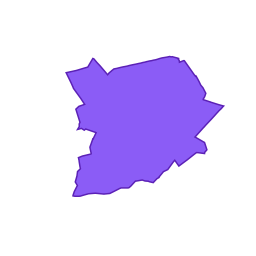 outline of Stende, Talsi, Latvia, rotated 27°
{"feature_id": "27541924B78924471245845", "entity_name": "Stende", "entity_type": "district", "adm_level": 2, "iso_a3": "LVA", "parent_name": "Latvia", "parent_adm1": "Talsi", "projection": "albers", "projection_center": [22.538, 57.141], "detail": "fine", "context": "isolated", "style": "filled", "palette": "violet", "viewbox_px": 256, "rotation_deg": 27, "n_neighbors": 0, "source": "geoboundaries", "source_scale": "gbopen_adm2", "svg_char_len": 2389}
<svg xmlns="http://www.w3.org/2000/svg" viewBox="0 0 256 256"><g transform="rotate(27 128 128)"><path d="M175.3,165.2L175.7,163.7L176.8,160.0L177.8,158.5L177.7,158.5L179.4,150.8L182.3,147.0L183.7,138.1L184.3,135.5L190.6,138.8L194.7,130.5L194.9,130.2L198.9,121.4L200.2,118.8L201.8,118.1L207.8,116.0L207.4,115.0L208.2,111.6L202.8,106.2L192.0,105.6L191.8,105.6L195.2,92.9L195.3,92.8L195.6,91.6L195.9,90.4L198.7,80.7L201.3,71.1L202.3,68.4L203.0,65.6L203.2,65.0L198.4,66.0L190.7,67.3L189.8,67.5L189.7,67.4L182.2,68.6L181.9,68.2L182.1,65.4L181.6,61.8L176.5,58.1L173.4,56.8L170.0,54.2L165.9,51.4L165.4,51.0L164.9,50.8L164.7,51.3L162.7,50.4L157.6,47.7L147.7,42.5L147.3,42.5L146.9,42.8L144.0,46.0L143.9,45.8L143.8,45.6L143.5,45.3L143.2,44.9L142.9,44.6L142.7,44.4L142.3,44.2L142.0,44.0L141.5,43.8L140.9,43.6L141.1,43.3L141.2,43.1L140.5,43.2L137.8,43.8L135.0,44.4L134.1,45.1L132.8,45.3L130.7,47.0L126.5,50.1L124.8,51.6L124.5,51.9L122.9,53.5L121.5,54.8L119.9,56.0L118.3,57.4L116.5,58.7L115.5,59.6L114.8,60.1L113.2,61.6L111.5,62.9L109.9,64.4L108.2,65.7L107.5,66.3L105.8,67.7L104.1,69.0L102.4,70.4L100.8,71.7L99.2,73.2L97.4,74.6L95.7,75.9L94.0,77.3L92.4,78.7L90.8,80.1L88.6,81.8L88.3,82.5L87.3,84.7L87.3,84.9L86.5,86.7L86.2,87.3L85.7,89.8L74.9,85.3L70.7,83.8L66.2,81.9L65.1,82.0L64.5,92.0L63.2,93.2L61.6,94.7L56.5,99.6L55.5,100.5L47.8,106.8L56.8,113.6L60.4,116.5L60.6,116.7L61.5,117.5L72.3,123.0L78.6,126.6L77.7,127.6L74.4,131.0L73.0,134.9L82.6,144.7L82.7,146.6L83.9,148.8L83.7,152.2L86.7,149.5L90.0,149.8L90.8,148.1L100.9,146.7L101.7,146.7L101.9,153.7L101.6,153.7L101.7,154.2L102.1,157.4L102.2,157.9L102.7,162.0L102.9,162.6L103.2,162.9L103.6,163.5L106.1,166.6L106.6,167.1L106.7,167.3L106.8,167.5L106.8,167.9L106.8,168.0L101.4,172.6L100.2,173.6L99.4,174.5L97.5,176.7L97.3,176.9L97.4,177.0L99.5,179.6L99.6,179.9L101.2,182.1L102.8,184.3L104.1,185.9L102.8,189.7L104.3,193.9L105.5,200.0L109.0,202.2L109.0,209.0L109.5,212.4L109.6,212.8L109.7,213.3L109.8,213.5L111.7,212.9L115.1,211.2L116.5,210.3L117.2,209.6L117.6,209.3L117.9,208.9L118.9,208.0L119.1,207.8L122.7,204.5L127.4,201.6L128.6,200.9L136.5,197.8L141.5,194.6L143.8,191.5L144.1,191.1L148.1,185.6L149.1,184.5L155.0,181.5L155.7,181.0L156.1,180.5L157.1,177.9L157.2,177.4L158.7,172.0L158.8,172.0L161.1,170.3L164.0,168.1L164.2,167.9L167.2,167.5L169.1,166.7L170.3,166.2L171.3,166.2L175.3,165.2Z" fill="#8b5cf6" stroke="#5b21b6" stroke-width="1.5"/></g></svg>